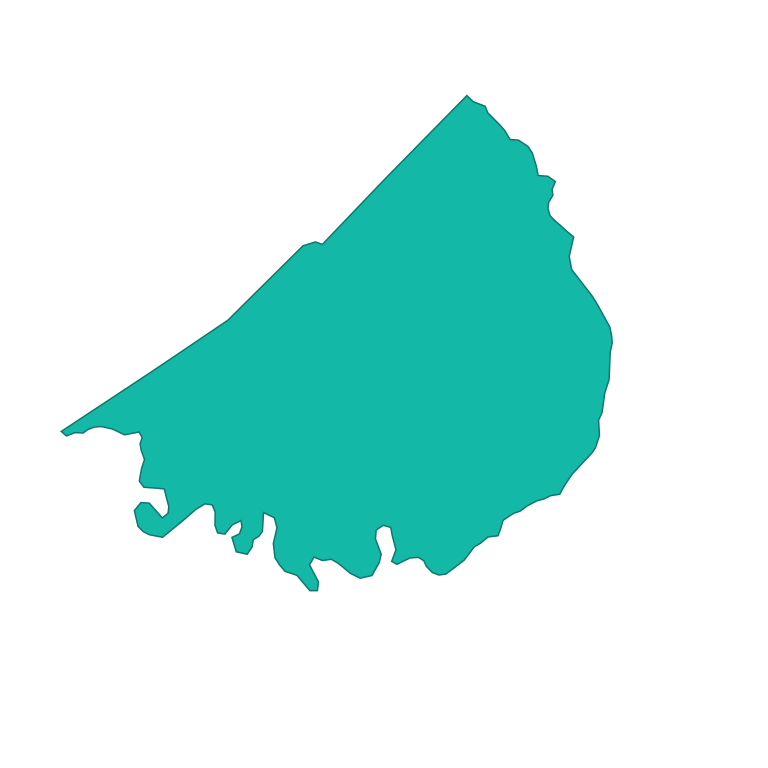 outline of Ouvidor, Goiás, Brazil, rotated 133°
{"feature_id": "56859067B74678386860853", "entity_name": "Ouvidor", "entity_type": "district", "adm_level": 2, "iso_a3": "BRA", "parent_name": "Brazil", "parent_adm1": "Goiás", "projection": "albers", "projection_center": [-47.713, -18.217], "detail": "fine", "context": "isolated", "style": "filled", "palette": "teal", "viewbox_px": 768, "rotation_deg": 133, "n_neighbors": 0, "source": "geoboundaries", "source_scale": "gbopen_adm2", "svg_char_len": 1983}
<svg xmlns="http://www.w3.org/2000/svg" viewBox="0 0 768 768"><g transform="rotate(133 384 384)"><path d="M647.1,441.4L620.4,437.8L604.1,436.1L593.7,433.2L589.6,427.2L592.7,420.2L602.6,411.3L606.4,404.1L602.3,398.0L590.4,398.9L581.4,395.4L585.4,390.4L592.2,387.5L599.9,390.6L607.5,377.6L601.8,367.9L592.8,369.4L587.2,373.4L580.5,371.6L574.7,372.4L560.2,384.4L556.6,373.0L562.1,364.3L576.2,356.1L585.5,345.1L587.6,336.7L588.5,328.6L583.3,317.2L585.7,297.3L580.6,291.8L573.4,296.9L569.8,307.5L567.0,315.1L558.4,317.2L555.0,308.5L548.2,303.1L546.4,295.5L545.4,279.4L542.3,269.0L532.3,262.2L517.8,265.7L510.4,270.0L503.2,284.5L496.2,290.1L487.9,288.2L484.3,281.3L489.1,274.8L497.1,262.2L508.5,257.4L507.1,251.6L493.4,246.3L487.3,240.5L486.1,234.4L488.5,228.5L488.9,220.1L486.3,213.6L480.8,209.1L458.4,205.2L441.4,206.9L435.0,204.9L424.8,203.5L417.2,197.1L409.5,200.4L402.6,203.9L395.6,202.4L389.7,200.8L384.2,197.7L375.3,196.1L364.8,192.3L359.0,188.6L352.2,186.1L344.8,180.3L335.8,182.6L321.8,184.9L309.5,184.9L292.2,184.9L286.3,185.9L274.7,191.3L264.1,202.4L256.2,205.0L240.2,216.3L227.2,222.4L206.4,240.3L198.3,245.1L193.1,250.9L188.3,257.7L180.5,281.5L177.8,291.2L172.3,324.8L164.4,335.5L147.1,345.6L147.7,355.6L147.7,362.4L148.0,370.5L147.7,377.3L143.8,383.8L138.9,387.4L130.7,389.3L127.1,393.8L119.1,396.7L120.3,405.8L126.4,413.5L120.7,421.3L113.9,433.1L112.1,440.8L113.9,451.9L119.2,458.6L116.2,468.9L115.5,476.7L114.9,493.0L111.9,499.4L116.7,511.4L116.5,520.1L236.0,523.2L244.3,523.3L324.0,524.3L326.8,531.0L338.2,537.5L443.9,541.7L527.3,560.9L537.9,563.4L638.8,587.7L638.6,580.9L630.2,576.7L625.0,570.6L619.4,569.6L612.7,566.3L607.5,561.2L601.9,551.4L598.2,539.2L586.2,530.4L588.1,524.3L594.0,521.7L598.0,516.5L602.5,507.7L611.5,503.5L621.9,496.7L623.3,489.2L614.5,478.3L610.6,473.1L615.9,465.0L620.4,457.8L625.9,453.7L633.1,454.9L631.2,474.4L636.5,480.9L646.9,480.2L655.9,466.7L656.1,459.1L654.2,452.7L647.1,441.4Z" fill="#14b8a6" stroke="#0f766e" stroke-width="1.5"/></g></svg>